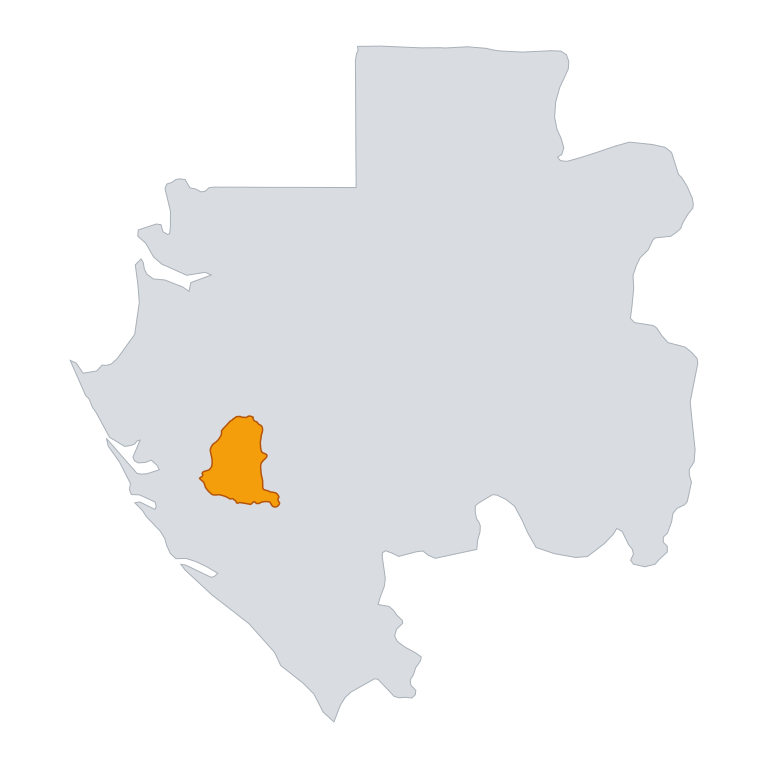 Ndolou, Ngounié, Gabon (highlighted)
{"feature_id": "22940354B46648613640917", "entity_name": "Ndolou", "entity_type": "district", "adm_level": 2, "iso_a3": "GAB", "parent_name": "Gabon", "parent_adm1": "Ngounié", "projection": "mercator", "projection_center": [10.279, -1.522], "detail": "fine", "context": "in_parent", "style": "filled", "palette": "amber", "viewbox_px": 768, "rotation_deg": 0, "n_neighbors": 0, "source": "geoboundaries", "source_scale": "gbopen_adm2", "svg_char_len": 5649}
<svg xmlns="http://www.w3.org/2000/svg" viewBox="0 0 768 768"><path d="M568.8,61.4L568.3,69.0L559.7,87.6L555.7,101.9L554.6,117.2L557.0,129.5L561.1,138.2L563.8,147.7L561.8,154.4L557.6,157.2L560.4,160.6L566.7,161.4L577.4,158.5L593.8,153.4L615.3,146.1L629.4,142.1L652.8,144.6L665.2,147.4L671.6,152.5L678.5,174.5L681.9,177.8L687.5,187.1L692.3,198.3L693.3,204.0L692.8,208.1L688.0,214.1L682.7,223.0L680.8,228.4L676.3,232.4L670.7,236.3L655.1,237.9L652.7,240.3L648.3,249.7L640.1,257.8L636.4,265.4L633.0,275.5L633.7,288.0L632.0,306.1L630.4,318.3L634.5,322.6L653.1,325.5L656.7,328.0L661.7,335.5L668.0,342.6L685.1,347.1L691.7,352.5L697.1,358.5L697.8,363.4L693.9,383.0L690.2,401.8L691.6,416.1L693.0,429.8L695.1,449.7L694.1,461.9L689.3,469.3L689.3,475.1L691.5,482.1L687.3,501.5L684.5,504.8L676.9,508.4L672.9,513.6L671.6,521.8L667.5,533.0L663.3,537.1L663.3,542.3L667.3,546.2L667.3,552.0L659.7,558.9L655.1,564.2L644.9,566.8L633.3,564.1L630.6,560.2L633.4,554.2L632.4,549.4L628.4,544.3L622.1,531.3L616.7,528.5L613.6,533.9L604.1,543.8L587.5,556.5L575.8,557.5L554.2,553.6L536.1,547.5L527.6,532.6L522.2,520.4L514.5,506.1L505.9,499.3L496.6,495.0L492.5,494.7L479.2,502.6L475.3,505.8L475.3,512.4L476.5,518.7L478.6,521.7L480.3,525.7L480.0,531.9L477.6,540.2L476.8,549.4L435.3,558.3L428.1,555.1L422.9,551.0L416.6,551.7L398.7,556.4L392.0,553.1L385.5,550.7L382.5,552.7L382.2,556.6L385.3,578.2L384.3,586.4L380.2,597.2L378.1,604.5L389.1,606.5L393.1,609.9L397.0,615.3L402.3,620.4L402.6,623.4L396.6,629.1L394.6,636.0L397.4,641.5L404.9,647.1L415.8,653.0L421.2,656.9L420.7,660.4L415.6,667.9L413.6,674.3L410.2,680.0L410.9,685.3L415.8,690.3L415.3,694.7L411.9,698.0L405.1,697.3L399.4,697.8L394.2,696.4L378.0,679.3L374.5,678.8L351.0,692.0L345.2,697.4L340.4,705.1L333.9,721.9L323.2,712.1L314.0,694.2L303.3,683.3L280.7,665.5L274.7,652.5L248.9,623.6L211.8,594.8L185.0,569.9L180.9,564.3L185.4,565.0L211.3,577.4L214.8,576.1L217.8,573.3L206.7,566.7L196.0,561.6L186.0,558.4L175.9,558.7L170.3,553.4L166.7,545.4L164.8,538.5L160.4,531.3L146.2,516.5L142.7,510.8L134.9,502.9L139.7,501.9L154.9,509.4L156.3,506.4L155.0,502.0L139.6,494.9L131.3,494.5L129.4,489.5L130.5,483.7L119.6,462.2L108.2,446.0L106.4,438.4L137.1,473.5L141.2,474.1L146.6,473.8L159.3,469.8L156.9,465.1L151.2,460.1L145.6,462.4L138.4,462.9L134.6,460.8L132.9,457.2L140.1,440.1L137.0,441.0L134.7,444.0L130.7,445.5L124.6,446.4L109.5,437.2L96.2,412.6L92.6,407.5L89.1,399.0L85.6,395.4L70.2,360.4L76.1,363.0L83.1,373.2L96.7,371.0L102.0,365.1L106.6,365.4L111.3,364.0L117.3,358.5L134.7,334.4L139.3,302.5L137.8,283.6L135.3,264.9L141.0,258.9L143.3,262.8L144.4,269.5L147.1,274.4L153.3,278.9L164.9,280.0L182.7,287.0L189.0,291.4L190.8,282.6L211.3,275.0L205.1,272.3L186.8,275.3L161.8,264.1L153.5,256.9L145.8,243.3L137.8,236.2L138.3,229.9L156.3,224.0L161.0,224.7L162.9,231.7L167.8,234.5L169.6,233.6L170.4,227.6L170.5,211.5L165.0,188.5L166.7,184.1L171.6,182.5L176.0,179.5L179.0,178.9L185.1,179.5L188.1,184.8L189.8,187.7L195.9,189.1L201.0,191.9L205.3,191.2L208.9,187.8L214.2,187.1L230.5,187.2L245.4,187.2L274.9,187.4L304.4,187.4L333.9,187.5L356.1,187.6L356.1,174.5L355.9,154.2L355.8,130.2L355.7,107.2L355.6,85.9L355.4,60.7L356.6,53.5L358.1,50.5L357.6,46.4L380.4,46.1L421.8,47.9L439.9,47.7L445.0,48.0L467.6,46.8L485.9,48.3L493.7,50.1L500.6,51.0L522.6,52.1L551.2,50.7L560.9,51.1L566.3,54.6L568.8,61.4Z" fill="#d9dde1" stroke="#a8b0b8" stroke-width="1"/><path d="M278.9,497.5L278.8,496.6L278.4,495.7L277.7,494.7L276.8,493.6L275.7,492.9L273.8,492.4L272.6,492.2L271.0,492.1L270.0,491.8L268.8,491.1L267.4,490.6L266.3,490.4L265.2,490.1L263.7,489.5L262.8,488.1L262.6,480.6L262.2,478.5L261.4,475.2L261.0,472.7L260.9,470.6L260.6,466.7L260.8,464.5L261.5,462.7L263.3,460.5L264.8,459.1L266.0,457.8L266.7,456.9L267.0,455.6L266.5,454.6L265.3,453.8L263.7,453.2L262.4,452.6L261.6,451.7L261.1,450.3L260.6,447.5L260.3,442.2L260.6,440.1L260.9,438.6L261.1,437.0L261.2,435.5L261.7,433.9L262.3,432.1L262.5,430.8L262.6,429.6L262.4,427.9L261.8,426.3L260.5,425.1L259.0,424.5L258.0,423.4L257.2,422.2L256.4,421.7L255.0,421.2L254.1,420.7L252.9,418.3L253.2,417.3L251.1,416.3L249.1,416.0L248.2,416.3L247.0,417.1L245.5,417.4L243.4,417.3L241.5,417.1L240.4,416.5L238.8,416.5L236.4,416.7L235.4,417.4L234.1,418.4L232.9,419.1L232.2,420.1L231.2,420.5L229.8,421.5L226.1,425.7L223.2,428.6L222.5,429.7L221.5,430.7L221.6,432.0L221.5,433.1L221.4,434.1L221.1,435.3L219.8,437.5L219.0,438.7L218.4,439.5L217.9,440.2L217.0,441.0L216.3,441.8L215.2,442.6L214.1,443.3L213.1,444.1L212.5,444.8L211.3,446.7L210.9,447.6L210.5,448.8L210.3,449.9L210.3,450.8L210.5,451.9L210.8,453.2L211.1,454.8L211.5,456.5L211.9,458.4L212.1,460.1L212.2,462.3L212.0,464.6L211.7,466.2L211.1,467.4L210.2,468.7L209.2,469.7L207.8,470.3L206.3,470.8L204.5,471.3L203.2,471.8L202.4,472.8L202.1,473.4L202.4,474.0L202.8,474.5L202.7,475.5L202.0,476.6L200.9,477.2L199.6,478.1L200.2,479.2L201.0,479.9L202.1,480.8L203.1,481.7L204.3,483.5L204.9,485.5L205.3,487.1L206.0,488.2L207.3,489.8L208.1,491.0L209.1,491.9L211.2,493.8L212.1,494.5L214.0,495.0L216.1,495.0L218.3,494.7L220.2,494.9L222.8,495.6L224.9,496.3L227.2,497.3L228.7,498.1L229.8,498.9L231.0,498.9L232.0,498.5L233.3,499.0L233.8,499.7L234.8,500.2L235.7,500.8L236.0,501.6L236.3,502.4L237.2,503.2L238.7,502.9L239.7,502.5L242.6,503.0L244.3,503.2L245.8,503.5L250.6,504.4L251.1,504.0L252.4,502.9L253.6,501.9L254.6,501.8L255.6,502.7L256.5,503.5L258.4,503.5L259.4,503.4L260.3,502.7L261.8,502.1L264.4,501.6L267.6,501.6L269.8,502.0L270.3,502.8L271.1,504.2L272.0,505.6L272.9,506.4L274.0,506.9L275.3,507.0L276.9,506.6L278.2,505.7L279.1,504.5L279.5,503.6L279.6,502.8L279.1,502.1L278.4,501.4L278.2,500.2L277.9,499.0L278.1,498.3L278.9,497.5Z" fill="#f59e0b" stroke="#b45309" stroke-width="1.5"/></svg>